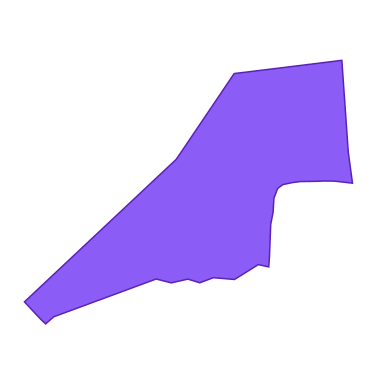 outline of Al-Arbiin, As Suways, Egypt, rotated 4°
{"feature_id": "37247803B66278795403604", "entity_name": "Al-Arbiin", "entity_type": "district", "adm_level": 2, "iso_a3": "EGY", "parent_name": "Egypt", "parent_adm1": "As Suways", "projection": "natural_earth1", "projection_center": [32.54, 29.979], "detail": "fine", "context": "isolated", "style": "filled", "palette": "violet", "viewbox_px": 384, "rotation_deg": 4, "n_neighbors": 0, "source": "geoboundaries", "source_scale": "gbopen_adm2", "svg_char_len": 557}
<svg xmlns="http://www.w3.org/2000/svg" viewBox="0 0 384 384"><g transform="rotate(4 192 192)"><path d="M351.5,172.0L345.1,141.3L332.3,50.2L225.8,70.9L180.7,149.0L173.9,160.6L150.2,186.2L97.5,243.1L47.4,297.2L32.5,313.3L49.6,329.2L55.2,333.8L62.8,326.1L162.3,281.3L177.7,284.1L193.9,279.2L206.1,282.0L219.3,276.0L240.5,276.3L263.2,259.8L273.8,261.4L273.8,251.1L272.8,218.8L274.3,206.7L274.2,192.5L277.2,182.5L282.1,178.3L291.5,175.6L299.5,174.0L312.9,172.9L323.3,171.8L333.2,171.2L351.5,172.0Z" fill="#8b5cf6" stroke="#5b21b6" stroke-width="1.5"/></g></svg>